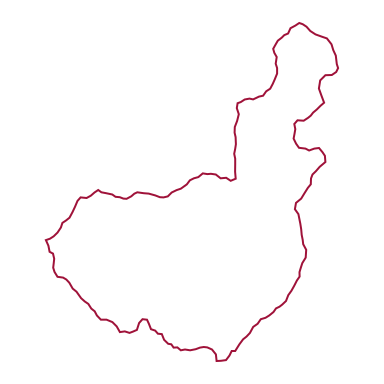 Quintana, São Paulo, Brazil
{"feature_id": "56859067B922680571426", "entity_name": "Quintana", "entity_type": "district", "adm_level": 2, "iso_a3": "BRA", "parent_name": "Brazil", "parent_adm1": "São Paulo", "projection": "equal_earth", "projection_center": [-50.363, -22.077], "detail": "fine", "context": "isolated", "style": "outline", "palette": "rose", "viewbox_px": 384, "rotation_deg": 0, "n_neighbors": 0, "source": "geoboundaries", "source_scale": "gbopen_adm2", "svg_char_len": 2691}
<svg xmlns="http://www.w3.org/2000/svg" viewBox="0 0 384 384"><path d="M119.9,332.1L124.8,331.4L129.5,332.9L133.0,331.6L136.9,329.9L139.1,323.0L142.5,319.2L147.0,319.7L148.9,323.8L151.0,329.2L155.2,330.6L157.9,333.7L161.8,334.1L164.1,339.8L168.2,343.8L171.3,344.3L173.6,347.6L177.4,347.4L180.8,350.3L185.0,349.5L190.1,350.3L195.7,349.2L200.0,347.6L203.8,347.0L207.3,347.4L212.0,349.5L215.9,354.4L216.6,361.0L220.9,360.8L226.0,360.1L229.5,355.5L231.7,351.0L235.2,351.0L239.4,344.3L243.1,339.3L246.5,336.6L249.9,333.0L253.2,326.9L257.6,323.8L260.8,319.2L265.5,317.8L269.2,315.5L273.5,312.0L276.0,308.4L279.5,306.7L282.2,304.6L286.0,301.0L288.3,295.1L291.4,290.8L294.2,285.8L296.9,280.5L299.6,276.6L299.5,272.1L300.7,268.1L302.3,263.1L305.7,257.6L306.2,249.8L303.2,244.2L302.7,239.9L301.7,234.9L301.2,229.3L300.3,223.6L298.4,214.1L294.9,209.2L296.0,202.9L301.2,198.6L304.5,193.2L307.9,187.8L310.8,184.3L311.0,178.5L312.5,174.5L315.8,171.3L319.7,166.8L325.4,162.0L324.9,155.8L322.5,152.2L319.0,148.0L314.3,148.6L309.1,150.5L305.5,148.6L299.0,147.8L296.1,143.7L293.6,138.6L294.5,133.9L295.3,129.1L294.3,124.0L297.5,120.3L303.7,120.7L308.1,117.8L310.8,115.6L313.1,112.6L316.8,109.5L320.6,105.7L324.1,102.7L321.4,95.5L318.9,88.5L320.2,80.4L325.4,75.2L331.8,75.0L336.2,72.0L338.1,68.1L336.8,64.1L335.8,55.6L333.3,50.2L331.5,44.3L326.9,38.4L322.2,36.8L315.5,34.4L310.3,31.0L306.5,26.7L302.7,24.2L299.2,23.0L295.5,25.5L290.5,28.2L288.1,33.5L284.3,35.1L281.7,37.7L277.8,40.7L275.6,44.5L273.2,48.8L274.3,52.8L276.7,57.0L275.7,63.7L277.1,68.0L277.1,73.6L274.7,79.5L272.8,83.8L270.2,88.7L266.2,91.3L263.1,95.7L259.0,96.6L256.1,98.0L253.1,99.4L249.5,98.6L244.7,99.5L240.7,102.1L237.6,103.2L236.8,108.1L238.8,114.2L237.1,121.0L234.8,127.0L234.6,132.7L235.6,137.1L235.9,144.2L235.2,148.8L234.2,153.8L235.2,158.7L235.2,164.1L235.1,171.8L235.7,178.7L230.7,180.8L226.2,177.8L220.6,178.3L215.8,174.5L210.9,173.8L207.4,174.1L202.8,173.4L198.3,177.1L193.9,178.3L189.9,180.3L186.8,184.4L180.8,188.7L176.6,190.1L171.7,192.5L167.8,196.4L163.5,197.4L159.9,197.2L155.2,195.4L148.7,193.6L143.6,193.2L137.3,192.3L134.3,193.7L131.3,196.3L126.6,198.8L123.4,198.6L119.8,197.2L115.5,196.8L112.3,194.5L105.7,193.1L101.4,192.3L98.2,190.0L94.5,192.5L90.8,195.7L86.6,198.0L80.6,197.4L77.5,200.9L75.0,206.8L72.5,212.1L69.5,217.7L66.0,220.5L62.4,222.9L60.9,227.5L57.5,232.6L53.7,236.3L50.0,238.7L45.9,240.1L48.4,245.7L49.6,251.8L53.0,253.6L54.2,258.8L53.7,263.4L53.2,267.7L54.5,271.9L57.5,276.8L63.1,277.6L66.3,279.5L69.3,282.7L72.7,288.6L76.5,291.7L81.1,298.2L84.8,301.5L88.3,303.9L91.3,308.6L94.7,311.3L96.9,315.5L100.9,319.7L106.6,319.7L112.4,322.1L116.7,326.4L119.9,332.1Z" fill="none" stroke="#9f1239" stroke-width="2"/></svg>